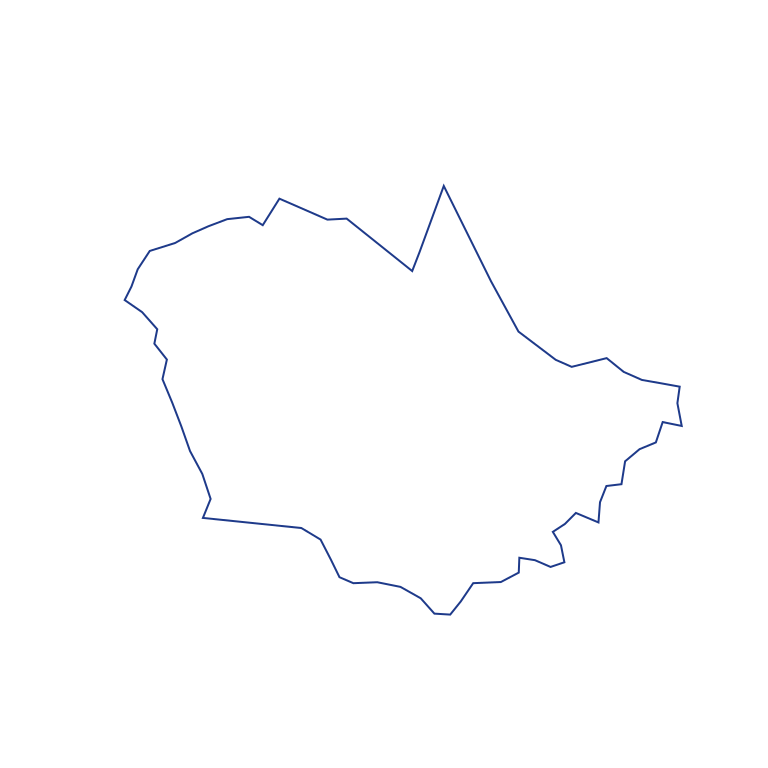 Tigrinhos, Santa Catarina, Brazil (Mercator projection), rotated 140°
{"feature_id": "56859067B32448575556431", "entity_name": "Tigrinhos", "entity_type": "district", "adm_level": 2, "iso_a3": "BRA", "parent_name": "Brazil", "parent_adm1": "Santa Catarina", "projection": "mercator", "projection_center": [-53.157, -26.678], "detail": "fine", "context": "isolated", "style": "outline", "palette": "blue", "viewbox_px": 768, "rotation_deg": 140, "n_neighbors": 0, "source": "geoboundaries", "source_scale": "gbopen_adm2", "svg_char_len": 994}
<svg xmlns="http://www.w3.org/2000/svg" viewBox="0 0 768 768"><g transform="rotate(140 384 384)"><path d="M493.0,175.7L481.5,164.8L464.9,168.1L443.7,174.1L421.8,157.2L402.0,152.9L392.0,163.9L381.6,152.0L374.0,136.8L360.4,131.5L352.1,146.7L349.7,162.2L335.3,160.5L319.9,161.9L308.7,140.1L294.5,154.6L279.2,162.9L266.5,154.6L249.0,169.8L230.1,169.8L213.3,164.5L195.0,175.7L182.9,160.5L171.6,180.7L159.2,191.9L171.6,206.8L183.8,221.3L192.6,239.2L196.8,260.7L229.2,276.5L236.9,292.1L247.3,337.7L236.0,393.9L210.9,497.3L271.8,462.3L289.8,452.4L306.3,534.7L321.7,546.3L345.0,593.2L374.8,583.6L379.9,598.8L398.2,611.1L417.1,617.7L433.9,622.6L453.4,626.3L477.9,636.5L498.9,630.2L514.8,621.0L528.7,615.0L523.1,594.5L522.5,571.7L534.0,562.5L534.6,542.3L550.6,530.1L558.3,505.6L566.5,481.8L575.7,457.3L581.0,431.9L590.7,407.4L608.8,397.8L539.9,326.8L532.6,305.6L537.6,283.5L542.3,264.6L535.5,251.1L516.6,236.5L501.8,218.0L493.6,196.2L493.0,175.7Z" fill="none" stroke="#1e3a8a" stroke-width="2"/></g></svg>